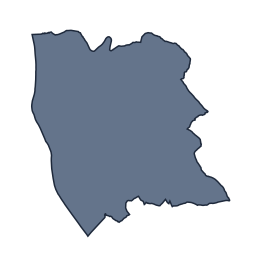 the district of Enebakk nor, Akershus, Norway, rotated 174°
{"feature_id": "86288312B77939080811439", "entity_name": "Enebakk nor", "entity_type": "district", "adm_level": 2, "iso_a3": "NOR", "parent_name": "Norway", "parent_adm1": "Akershus", "projection": "orthographic", "projection_center": [11.051, 59.769], "detail": "fine", "context": "isolated", "style": "filled", "palette": "slate", "viewbox_px": 256, "rotation_deg": 174, "n_neighbors": 0, "source": "geoboundaries", "source_scale": "gbopen_adm2", "svg_char_len": 5533}
<svg xmlns="http://www.w3.org/2000/svg" viewBox="0 0 256 256"><g transform="rotate(174 128 128)"><path d="M89.6,45.6L88.2,45.5L86.6,45.6L85.5,46.1L84.6,46.4L84.1,46.4L83.5,46.7L82.5,46.7L80.5,47.2L79.6,47.2L78.7,47.3L77.6,47.9L77.0,48.1L76.1,48.0L72.8,47.3L69.9,45.9L68.0,44.7L67.3,44.1L66.9,43.9L66.6,44.1L66.2,44.2L65.4,44.1L63.5,43.8L62.1,43.3L61.2,43.2L59.1,43.3L58.2,43.1L57.1,43.2L55.1,44.4L54.7,44.5L52.5,44.4L51.5,44.1L49.0,44.3L47.6,44.5L46.2,44.9L38.2,45.7L36.8,45.6L35.0,45.0L34.8,45.1L34.9,45.3L34.5,45.7L35.3,48.0L35.6,48.1L35.8,48.5L36.5,49.8L37.2,53.1L37.3,53.5L38.6,55.7L38.7,56.7L39.0,57.6L39.4,58.6L40.3,60.1L41.2,60.8L44.8,65.8L45.5,66.4L46.3,67.5L48.3,69.1L50.3,70.3L52.6,71.2L52.7,71.4L53.0,71.5L53.3,71.4L53.6,71.7L54.3,71.7L54.6,72.0L55.4,72.5L55.8,73.0L56.2,74.3L57.7,76.0L58.4,77.2L59.3,78.2L59.4,78.5L59.4,78.8L59.6,79.8L59.6,80.8L59.7,81.3L60.4,82.2L60.5,82.9L61.3,84.2L61.7,85.1L63.0,87.3L63.1,87.7L63.2,88.5L64.0,90.9L64.3,92.2L64.5,93.5L64.8,95.4L64.7,96.2L64.4,96.7L64.2,97.1L63.8,97.5L63.4,98.0L61.9,99.0L61.2,99.7L58.7,101.3L58.1,101.9L57.3,102.3L57.2,103.0L57.0,103.6L56.8,104.4L57.2,104.7L57.3,104.8L57.2,105.6L57.3,105.8L57.2,106.0L57.1,106.3L57.3,107.1L57.3,108.4L57.4,109.1L58.4,110.6L61.3,113.5L62.1,114.2L62.7,115.0L63.8,116.1L64.8,117.6L66.4,119.0L69.2,120.8L68.0,121.9L66.7,122.6L66.5,122.9L66.2,123.7L65.6,125.0L65.2,125.4L64.9,126.2L64.4,127.0L63.4,127.9L62.8,128.5L60.4,129.0L60.4,129.5L60.8,130.1L60.6,130.4L59.8,130.7L59.0,131.5L57.6,131.9L57.6,132.0L57.1,132.3L57.1,132.5L56.7,132.8L56.1,133.0L54.7,133.3L53.8,133.4L52.8,132.9L52.0,133.2L51.5,133.2L50.8,133.4L50.2,133.7L49.9,134.0L49.8,134.3L49.9,134.6L49.8,134.9L49.7,135.0L48.1,135.2L48.0,135.5L47.5,135.3L46.9,135.8L46.8,136.0L47.1,136.6L49.2,138.3L50.6,139.8L52.2,142.5L54.0,144.9L55.0,146.8L57.4,149.6L58.8,151.5L59.2,152.4L61.7,155.8L62.2,156.3L63.6,158.2L65.1,161.1L65.9,163.6L67.4,165.8L68.1,166.5L68.2,167.5L70.4,170.8L69.3,171.4L68.2,171.3L68.0,171.5L67.7,171.8L67.3,171.9L67.0,172.5L67.1,173.1L66.9,173.7L66.9,174.1L66.6,174.4L66.6,175.2L66.3,175.7L66.3,176.7L66.2,177.1L66.0,177.3L65.9,177.5L65.7,177.7L64.2,177.9L63.8,178.4L63.6,178.9L63.2,179.5L63.0,179.9L62.4,180.4L61.9,180.5L61.4,181.3L61.0,181.9L60.3,184.7L60.2,184.8L60.0,185.0L59.8,185.3L59.9,185.5L59.7,185.7L59.7,186.1L59.4,187.3L59.2,188.0L58.8,189.5L58.8,190.5L60.0,192.2L60.2,192.6L61.2,193.8L61.7,195.5L62.4,196.3L62.7,197.1L63.8,197.7L64.0,198.0L64.1,198.6L65.0,199.9L65.1,200.2L65.6,200.6L66.4,200.9L66.8,201.5L68.4,203.6L68.9,204.6L69.3,204.7L69.6,204.9L70.4,205.7L71.3,207.0L72.8,207.5L73.6,207.3L74.6,207.4L76.4,208.3L77.9,208.8L79.0,209.4L80.6,210.1L81.3,210.3L82.0,210.2L84.0,212.1L84.7,213.1L86.0,213.8L86.0,214.4L86.5,214.8L86.7,215.3L87.7,215.8L88.4,215.9L88.9,216.3L89.2,216.3L89.4,216.6L91.8,217.4L93.6,218.8L94.5,219.8L94.9,220.0L96.3,220.2L98.0,220.7L101.0,220.2L104.6,217.2L106.5,211.9L110.3,212.5L110.8,212.8L112.1,212.3L114.2,212.6L115.1,211.9L118.1,210.5L119.1,210.7L121.2,210.6L122.7,210.0L124.6,210.0L126.2,210.0L128.5,210.7L129.9,210.1L133.6,208.1L134.4,207.8L134.6,207.7L134.7,207.4L135.6,207.1L136.5,206.6L137.4,206.8L138.1,207.6L137.4,210.6L135.4,216.4L135.3,217.6L135.6,218.9L136.3,219.8L137.0,220.5L137.4,220.7L138.5,220.7L139.5,220.2L140.6,219.3L142.5,216.5L144.8,214.0L146.3,212.9L148.8,211.5L153.2,208.1L153.9,207.9L154.9,208.0L156.3,208.7L157.4,209.8L157.9,210.8L160.0,217.0L161.9,220.1L161.9,220.6L163.4,223.1L163.3,223.4L163.9,223.9L165.1,226.6L165.4,227.6L165.8,227.7L167.0,228.5L167.3,229.1L174.5,231.1L177.7,231.2L178.7,231.4L180.1,230.9L181.1,230.2L186.7,228.5L188.5,228.2L189.8,228.3L190.6,228.1L192.2,229.3L192.4,229.4L193.5,230.4L194.2,231.4L195.6,231.4L196.1,231.1L196.4,230.8L197.1,231.3L197.4,231.2L197.4,230.9L197.8,230.7L198.3,230.8L198.8,230.6L199.7,230.8L200.0,230.7L200.1,230.9L200.3,231.0L200.7,230.9L201.0,230.6L201.3,230.6L201.5,231.1L202.0,230.8L202.5,230.7L202.9,231.1L203.7,230.6L204.0,230.6L204.2,230.4L213.6,231.0L213.4,228.9L212.6,221.6L212.4,219.1L212.4,216.4L212.6,211.4L212.7,203.8L212.9,200.5L213.2,198.0L213.4,195.6L213.8,193.6L214.1,190.5L214.3,189.2L214.7,185.9L215.9,178.8L216.4,176.7L216.7,174.5L217.6,171.4L220.3,164.9L221.2,161.3L221.5,159.5L221.5,156.6L221.4,155.0L220.6,152.4L220.1,151.3L219.3,146.9L219.1,146.0L218.2,143.6L216.6,140.4L215.2,136.7L211.8,125.7L211.2,123.3L210.0,121.4L209.0,119.3L207.2,112.9L207.0,111.7L206.9,108.8L207.4,106.1L207.7,103.5L208.1,95.6L207.7,85.9L207.2,79.7L207.1,78.6L206.2,74.5L204.4,69.5L203.7,68.4L201.6,64.0L199.9,60.9L198.6,58.3L192.7,47.9L187.7,39.3L184.8,34.1L180.1,26.4L179.2,24.6L175.6,28.1L160.5,41.3L160.2,41.8L160.1,42.7L160.0,43.0L160.2,43.6L160.3,43.9L159.6,45.0L159.3,45.0L159.2,44.4L158.6,43.5L156.5,42.7L155.8,42.2L155.5,41.9L155.0,41.9L154.6,42.1L154.0,41.8L153.9,41.6L153.4,41.3L153.1,40.6L152.9,40.3L152.7,39.8L151.9,39.0L150.7,38.1L150.0,37.3L149.5,37.2L148.2,36.5L148.1,36.0L147.7,36.0L146.7,35.2L145.0,36.2L143.8,36.5L143.3,37.0L141.3,38.7L139.5,39.4L138.8,40.0L138.2,40.9L136.3,41.3L135.5,41.8L137.7,45.3L138.7,48.7L138.0,53.5L136.3,55.6L135.3,55.9L135.1,55.8L133.9,55.5L133.6,55.6L132.3,55.2L131.3,55.7L129.1,57.3L128.1,57.5L125.0,59.0L124.7,59.0L122.9,55.1L120.5,53.4L119.8,50.2L119.2,50.5L119.1,50.8L118.8,51.2L118.3,51.5L117.8,51.7L117.7,52.1L117.4,52.0L116.8,51.3L116.1,51.3L116.0,51.0L114.0,50.5L112.2,50.5L110.5,49.8L108.0,48.4L105.5,47.5L104.4,47.4L103.1,48.6L101.7,49.6L98.2,53.1L96.6,49.7L95.3,48.5L94.0,50.9L92.7,46.4L92.2,45.2L91.7,45.5L91.0,45.7L89.6,45.6Z" fill="#64748b" stroke="#1e293b" stroke-width="1.5"/></g></svg>